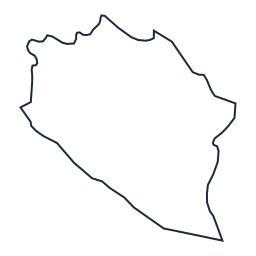 outline of Idrija
{"feature_id": "SVN-1012", "entity_name": "Idrija", "entity_type": "Municipality", "adm_level": 1, "iso_a3": "SVN", "parent_name": "Slovenia", "parent_adm1": "", "projection": "albers", "projection_center": [13.983, 45.983], "detail": "fine", "context": "isolated", "style": "outline", "palette": "slate", "viewbox_px": 256, "rotation_deg": 0, "n_neighbors": 0, "source": "natural_earth", "source_scale": "10m", "svg_char_len": 1011}
<svg xmlns="http://www.w3.org/2000/svg" viewBox="0 0 256 256"><path d="M235.5,103.4L234.5,117.9L228.2,126.2L222.0,132.7L214.6,138.5L212.9,142.8L213.7,144.9L217.1,146.3L218.6,151.1L217.7,162.0L213.1,174.7L207.9,184.9L206.9,194.4L207.1,202.6L209.8,211.0L213.4,216.1L222.4,240.6L163.6,228.4L133.9,207.5L124.3,197.5L109.5,187.8L102.2,181.4L92.2,178.3L74.0,162.8L57.0,143.0L43.5,136.1L36.2,131.0L31.3,126.0L30.6,121.8L20.5,107.4L30.8,102.1L32.2,81.7L32.2,75.3L31.7,69.5L32.5,65.6L35.8,65.2L37.3,63.2L36.6,59.1L34.7,55.7L30.0,53.0L27.9,49.8L27.1,46.2L29.1,41.4L32.0,39.6L39.1,41.7L43.0,41.3L46.0,37.7L47.2,35.3L52.6,36.6L62.4,42.7L66.8,43.9L74.0,43.5L76.2,38.8L76.1,35.1L77.0,32.8L79.6,32.4L83.1,34.8L86.1,35.1L90.2,34.3L93.3,29.5L99.0,24.0L100.1,21.1L100.7,17.4L101.5,15.4L104.8,15.9L117.9,27.5L131.2,37.1L138.2,40.0L145.8,40.7L149.7,40.0L153.8,38.2L153.9,30.7L171.8,41.6L192.7,72.1L198.9,74.7L203.8,74.9L206.9,80.1L210.7,89.3L212.9,93.2L214.9,96.0L235.5,103.4Z" fill="none" stroke="#1e293b" stroke-width="2"/></svg>